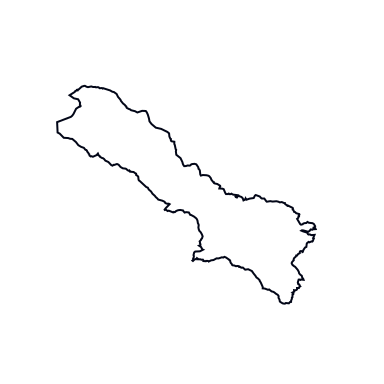 Cernisoara, Vâlcea, Romania, rotated 156°
{"feature_id": "2599482B75338382819918", "entity_name": "Cernisoara", "entity_type": "district", "adm_level": 2, "iso_a3": "ROU", "parent_name": "Romania", "parent_adm1": "Vâlcea", "projection": "albers", "projection_center": [24.009, 45.016], "detail": "fine", "context": "isolated", "style": "outline", "palette": "ink", "viewbox_px": 384, "rotation_deg": 156, "n_neighbors": 0, "source": "geoboundaries", "source_scale": "gbopen_adm2", "svg_char_len": 6044}
<svg xmlns="http://www.w3.org/2000/svg" viewBox="0 0 384 384"><g transform="rotate(156 192 192)"><path d="M225.5,318.1L230.9,322.9L231.5,322.8L232.0,323.6L234.2,324.4L234.7,325.5L235.2,326.0L237.2,326.7L237.6,327.3L239.6,328.1L241.1,329.4L244.4,330.1L245.6,331.1L246.6,332.5L247.3,332.8L249.9,333.1L253.8,331.8L256.3,332.3L255.3,331.7L255.3,331.4L257.4,331.8L258.4,331.1L264.5,330.2L261.8,325.6L258.3,323.0L257.9,319.2L258.8,317.6L259.0,316.6L258.7,316.3L258.9,315.7L259.4,315.6L259.4,316.0L264.0,315.2L268.5,311.5L270.4,310.4L272.1,309.9L286.8,310.7L290.6,301.0L289.1,299.1L287.1,293.7L283.1,291.6L281.7,290.2L279.8,289.2L277.7,284.8L276.8,281.0L274.9,278.3L272.8,276.3L272.3,274.2L272.1,273.8L271.4,273.3L271.2,272.5L271.3,271.5L270.8,270.0L270.9,269.1L270.5,268.3L270.8,267.0L270.1,265.7L269.3,265.6L268.2,264.5L264.2,264.5L262.3,265.4L262.3,264.4L262.5,264.3L262.6,263.7L261.6,262.1L261.7,261.5L260.3,259.6L259.6,259.1L258.9,257.9L258.4,255.9L256.2,253.4L254.8,249.4L253.9,248.4L252.6,248.7L252.3,248.4L249.3,248.1L248.7,247.7L247.9,246.6L247.1,243.9L245.6,241.8L243.1,240.3L242.6,239.6L242.0,238.1L241.2,237.2L240.5,237.2L240.5,236.8L240.2,236.4L240.5,236.2L240.4,235.8L237.2,234.0L236.1,232.0L235.8,231.8L235.6,231.5L236.1,230.2L235.3,229.1L234.9,227.9L235.8,225.0L235.8,224.2L235.2,223.2L231.8,215.2L230.6,213.9L230.5,211.9L229.2,209.1L228.8,206.5L227.5,203.6L227.2,202.2L226.3,200.2L225.9,198.8L222.6,196.1L221.0,194.2L220.9,192.9L220.2,192.0L219.1,191.2L218.0,190.8L217.4,190.0L222.6,187.9L224.2,187.0L224.1,186.6L223.1,186.6L222.0,184.5L220.8,184.4L217.5,181.0L216.7,181.2L216.2,180.7L215.7,180.6L214.1,181.1L212.1,181.0L210.1,180.4L207.7,178.8L207.7,178.2L207.1,176.2L205.6,176.0L203.2,174.6L202.9,171.8L202.2,171.4L200.2,168.8L199.0,166.5L198.7,165.7L198.6,163.8L199.3,161.1L199.2,160.3L199.3,159.1L200.6,157.0L201.0,155.2L201.1,153.6L200.4,151.6L200.2,149.2L200.3,147.2L201.8,145.5L202.9,145.1L203.5,144.4L205.1,143.8L205.2,142.7L205.6,142.0L205.5,140.9L205.9,140.1L207.4,140.1L206.1,138.1L205.9,135.4L205.4,134.8L208.9,134.6L213.3,136.3L214.6,135.9L216.3,133.7L216.3,132.8L216.8,131.9L218.2,130.5L218.1,129.6L219.5,129.2L219.2,128.6L217.2,129.3L215.2,129.2L214.8,129.4L214.4,129.0L214.2,129.3L213.9,128.8L214.1,128.4L213.7,128.4L213.2,127.7L212.0,127.3L210.8,126.2L209.6,125.8L209.3,124.4L209.5,124.2L207.5,123.1L207.2,123.3L205.6,122.6L204.9,122.0L204.9,121.7L202.4,121.8L200.0,121.1L196.6,121.4L194.7,120.5L191.3,120.2L190.1,119.4L188.8,119.6L187.7,118.5L185.3,114.6L185.5,114.4L185.1,113.6L185.4,112.5L185.4,111.2L185.0,110.3L185.0,109.0L184.7,108.5L183.3,107.7L182.0,106.3L180.9,106.1L179.4,105.2L178.8,104.4L179.1,104.2L178.1,103.5L177.8,102.8L176.3,102.3L175.0,99.4L172.1,98.6L169.4,95.4L169.4,94.7L169.1,94.0L169.0,92.9L168.1,89.5L167.9,87.8L166.8,85.9L166.1,83.8L166.3,83.0L166.0,81.5L166.0,76.9L166.2,75.9L166.6,75.2L164.7,74.1L162.3,71.7L161.2,71.6L159.7,68.8L158.5,67.9L157.7,66.9L156.7,64.9L155.5,63.2L155.2,61.6L155.8,60.6L156.0,59.9L155.8,58.3L156.3,56.2L155.8,55.3L154.5,53.4L153.2,52.5L152.3,52.2L151.4,52.4L148.8,50.9L147.3,51.6L146.2,51.3L145.6,52.5L144.2,53.8L143.7,54.9L143.1,55.0L142.0,57.1L141.8,57.7L141.0,57.5L140.7,57.9L140.5,59.1L140.7,59.3L139.2,59.4L138.7,60.8L137.6,60.1L136.2,60.1L135.5,60.5L135.1,61.6L133.4,60.8L132.4,61.7L131.5,61.8L131.7,62.6L131.6,63.5L132.3,64.4L132.0,64.7L132.3,65.5L132.1,66.4L130.2,68.6L129.4,68.3L128.6,67.5L127.9,67.7L125.8,66.4L125.7,67.2L126.1,69.1L125.8,70.9L126.6,72.2L127.2,74.0L126.9,75.7L127.1,77.9L128.2,81.7L129.2,83.1L129.3,83.7L129.8,84.2L130.0,86.1L129.8,86.6L128.9,87.4L126.8,88.3L126.6,89.1L125.7,90.0L123.4,90.8L122.6,91.6L122.0,91.2L120.2,92.2L118.4,92.3L117.8,93.5L117.4,93.8L117.0,93.9L115.3,93.1L115.5,92.2L115.2,92.2L113.6,93.9L111.3,95.3L109.9,95.3L108.2,98.1L107.7,98.5L105.8,99.0L105.3,98.3L102.6,98.2L102.3,97.8L101.8,97.9L99.6,100.0L100.1,100.6L97.5,103.0L100.6,104.1L101.5,105.2L102.9,105.8L103.2,106.3L103.3,107.8L103.6,108.3L106.5,110.8L107.8,112.2L107.2,112.3L106.0,111.7L102.0,108.4L100.2,108.7L99.1,109.4L98.6,109.5L97.6,108.6L96.6,108.7L94.1,107.8L94.1,108.6L95.5,108.8L95.8,109.1L95.8,109.7L95.6,109.9L95.3,109.6L93.4,110.7L93.7,113.2L94.6,114.5L97.8,116.4L98.7,117.7L100.2,117.2L102.0,117.8L103.2,117.9L104.0,117.5L105.7,117.8L106.2,118.6L106.9,124.7L105.4,125.2L104.8,126.0L104.1,126.2L104.0,126.4L104.3,126.8L103.0,127.8L103.0,128.2L105.5,130.3L105.9,131.6L106.8,132.3L106.7,134.2L107.2,135.0L106.4,136.1L106.6,136.7L109.4,140.0L110.3,140.4L110.1,140.9L110.8,141.5L111.6,142.7L111.9,143.6L111.7,144.1L112.2,144.3L114.1,146.3L116.0,146.8L116.9,147.9L118.6,149.2L122.3,150.5L124.2,151.8L127.6,152.7L127.9,153.3L128.6,156.6L130.9,157.7L131.4,158.6L131.9,160.3L135.0,163.3L136.0,163.1L138.1,161.4L142.0,162.5L145.3,162.8L145.4,163.4L145.9,163.4L145.8,164.3L147.0,163.4L148.4,163.4L148.2,165.6L148.8,167.3L150.7,169.1L150.8,169.8L151.2,170.3L151.7,170.5L151.9,169.5L153.2,168.7L154.0,169.5L153.8,169.9L154.0,170.2L153.1,170.7L152.7,171.2L155.4,172.8L156.3,173.8L156.6,174.4L157.8,174.4L158.9,174.9L159.1,175.6L160.2,175.6L161.8,176.3L162.0,177.7L161.9,181.7L162.9,182.7L165.6,184.1L164.6,185.2L163.8,185.8L163.8,186.3L165.6,189.0L167.9,190.7L168.2,191.1L168.1,191.9L168.4,191.9L169.3,195.3L169.2,197.1L169.8,199.4L170.6,200.4L172.1,201.5L175.2,203.1L177.2,203.4L177.3,204.6L176.1,208.5L176.2,209.8L176.6,210.5L176.2,212.1L176.8,215.5L178.2,216.7L180.7,217.5L181.6,217.5L182.7,217.0L183.3,217.0L185.2,218.0L187.1,218.2L188.6,218.8L188.9,220.2L188.9,221.7L188.6,223.1L188.7,227.6L191.2,232.4L190.2,235.7L189.3,237.0L189.5,237.8L188.6,241.9L188.6,243.1L187.7,245.1L190.1,246.7L190.3,247.2L190.2,248.2L189.7,248.9L190.1,249.6L190.1,251.8L189.1,254.9L190.0,256.8L194.5,262.2L198.9,265.5L201.3,270.5L202.1,273.8L201.4,276.7L200.9,280.5L200.9,283.1L201.3,284.8L204.5,286.4L209.6,286.9L211.2,289.0L214.4,291.5L215.0,292.7L215.8,293.4L217.2,295.1L217.5,295.9L217.2,296.8L217.9,298.2L217.9,298.8L219.0,300.9L219.9,304.3L219.8,305.4L220.9,309.0L221.0,312.2L222.7,315.1L224.0,316.0L225.5,318.1Z" fill="none" stroke="#020617" stroke-width="2"/></g></svg>